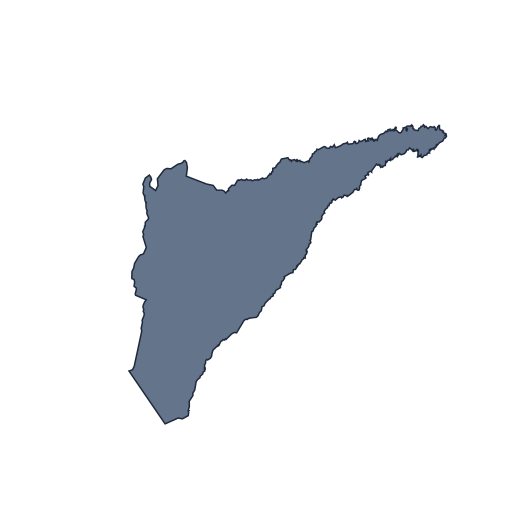 the district of Nova Ubiratã, Mato Grosso, Brazil, rotated 22°
{"feature_id": "56859067B8352278132319", "entity_name": "Nova Ubiratã", "entity_type": "district", "adm_level": 2, "iso_a3": "BRA", "parent_name": "Brazil", "parent_adm1": "Mato Grosso", "projection": "equal_earth", "projection_center": [-54.56, -12.966], "detail": "fine", "context": "isolated", "style": "filled", "palette": "slate", "viewbox_px": 512, "rotation_deg": 22, "n_neighbors": 0, "source": "geoboundaries", "source_scale": "gbopen_adm2", "svg_char_len": 6065}
<svg xmlns="http://www.w3.org/2000/svg" viewBox="0 0 512 512"><g transform="rotate(22 256 256)"><path d="M347.2,81.0L346.5,80.6L344.4,82.3L345.0,82.8L344.3,87.0L343.7,87.8L342.2,88.1L338.3,86.5L337.5,87.7L337.3,86.2L338.2,84.7L337.6,84.2L337.0,84.4L337.0,85.8L335.6,88.4L334.8,87.9L334.6,88.9L333.4,89.6L332.8,88.2L331.0,89.6L331.6,91.0L330.4,91.9L329.8,91.5L328.5,94.5L325.8,96.7L324.8,99.1L325.1,103.4L323.6,102.8L322.5,105.3L322.0,105.3L321.6,103.9L320.4,104.7L319.8,103.2L318.8,103.6L318.9,105.0L318.5,105.4L318.2,104.5L315.9,104.6L315.5,105.3L316.9,107.2L315.8,107.3L315.5,108.5L314.9,108.7L313.6,106.9L313.2,107.1L310.8,110.2L309.9,110.7L308.4,110.3L308.6,112.0L307.9,113.6L306.4,114.3L305.7,112.9L304.3,112.8L304.0,113.4L304.5,114.0L303.5,115.7L299.6,117.8L298.1,116.3L297.5,117.5L294.8,119.4L293.2,122.0L289.7,125.4L289.0,125.8L286.9,123.5L286.1,126.5L284.1,126.4L283.5,128.7L280.9,129.6L279.8,128.8L278.1,129.0L274.1,134.0L272.5,134.1L272.5,136.1L271.5,137.5L271.3,139.0L270.1,140.3L270.6,142.6L269.6,145.3L269.6,147.9L270.1,148.4L269.7,149.2L268.7,148.4L265.6,151.4L262.6,151.3L261.9,151.9L260.9,150.9L259.7,152.0L258.7,151.5L258.9,152.8L258.4,153.0L257.4,151.9L257.1,152.8L255.5,152.2L253.8,153.5L253.4,154.7L252.9,154.0L252.0,154.7L251.6,154.0L250.4,154.2L248.8,152.9L243.2,156.6L242.9,160.4L242.0,161.5L241.0,164.9L241.0,166.7L238.9,168.4L238.5,167.8L239.9,171.6L239.1,172.2L239.4,174.3L238.1,174.4L238.5,175.5L237.5,176.2L236.8,179.5L234.6,181.4L232.7,181.3L230.0,184.7L228.9,184.3L228.7,185.0L226.2,185.9L224.4,187.7L222.8,187.3L220.2,188.7L218.4,188.2L217.5,190.1L216.5,189.9L215.5,190.8L214.0,190.3L211.9,192.3L211.5,191.9L210.5,192.7L209.7,198.5L207.2,199.4L205.3,203.8L206.1,205.8L205.3,206.0L204.3,209.0L202.3,207.8L199.8,207.7L195.0,209.7L189.9,206.6L183.1,207.8L161.5,208.1L159.3,199.8L156.5,195.3L154.3,194.1L153.3,195.0L153.2,196.3L151.7,198.4L149.2,200.1L144.5,207.0L140.6,208.2L138.6,210.4L135.6,221.3L138.8,227.4L138.4,232.9L131.4,231.2L130.1,228.3L130.5,224.2L129.0,222.3L126.8,220.9L124.2,225.2L124.2,231.9L125.9,233.6L127.7,239.9L129.8,242.0L130.7,242.0L130.7,243.4L132.5,246.3L133.7,247.7L134.3,247.5L134.4,248.9L135.9,252.2L137.3,254.2L138.2,254.5L138.3,256.2L139.1,257.8L142.2,260.9L142.2,262.5L140.7,266.2L141.9,269.3L141.4,270.0L142.0,270.9L141.9,275.8L144.0,278.7L143.8,280.2L151.1,289.2L150.9,295.4L150.4,296.8L148.5,298.1L147.4,300.4L146.2,308.4L147.1,313.0L146.8,316.8L149.0,322.7L149.5,323.5L151.7,323.4L153.2,325.5L154.3,329.8L156.9,330.5L157.5,331.4L158.2,336.2L159.0,337.5L170.6,337.7L169.9,340.5L169.9,344.3L170.4,345.8L171.9,347.6L172.3,349.8L173.5,350.5L174.5,352.8L174.5,358.3L175.6,360.1L176.6,366.0L178.0,368.1L178.5,370.1L184.4,403.9L184.1,407.8L181.3,410.2L234.6,445.7L244.6,435.3L248.7,434.6L253.0,429.4L252.0,425.8L251.1,424.8L251.6,424.4L251.0,424.2L250.6,420.5L248.5,415.7L249.8,409.0L248.8,406.9L249.4,403.2L247.6,395.0L248.1,392.5L249.6,389.8L249.3,388.2L250.8,385.4L250.5,383.3L251.6,381.9L251.0,380.9L251.4,380.4L250.9,379.1L250.4,379.6L249.1,375.9L249.4,374.4L248.6,372.0L249.0,370.4L250.1,370.5L251.9,368.1L252.4,366.1L251.5,361.7L251.5,359.1L254.2,353.1L254.5,353.7L255.1,352.9L255.3,348.4L256.7,346.8L256.7,345.9L258.4,345.7L258.7,344.2L259.5,344.5L262.6,337.3L264.6,335.0L266.8,334.5L269.0,320.5L270.1,318.5L271.7,318.1L272.2,317.0L274.0,315.6L279.3,312.7L280.3,310.5L280.3,307.4L281.4,304.8L280.6,300.8L282.1,299.1L282.1,296.5L284.2,291.2L285.1,290.3L285.2,288.4L286.9,286.6L286.1,284.6L287.3,283.6L287.2,280.5L290.5,276.2L289.6,274.2L290.2,273.1L289.3,270.1L290.3,268.6L290.8,265.6L289.8,264.8L294.4,258.9L296.5,257.6L295.8,254.6L297.6,253.6L298.0,251.2L297.5,250.2L298.1,248.8L298.4,249.2L298.8,247.2L299.5,246.9L300.2,242.2L301.2,240.6L300.9,239.7L302.4,239.4L301.3,236.8L302.0,235.4L301.9,233.0L301.5,232.4L301.0,232.9L300.2,231.5L301.3,227.6L300.8,224.9L301.7,224.0L301.7,222.6L300.1,221.2L300.6,220.5L298.6,212.5L299.4,211.9L299.4,208.1L300.5,205.6L299.9,204.2L300.7,203.8L299.8,203.0L300.2,202.3L299.7,201.7L301.7,200.8L303.0,197.8L302.7,195.4L302.0,194.6L303.0,190.8L303.6,190.5L302.4,188.9L303.3,185.7L304.2,184.6L303.9,182.3L304.8,182.0L304.6,179.1L305.8,178.9L306.3,177.5L305.5,176.5L306.2,175.5L305.9,174.9L306.5,174.8L306.5,174.1L308.6,174.6L310.5,170.8L313.1,169.2L313.6,170.0L314.7,168.6L314.8,166.7L316.0,166.2L318.2,166.6L318.3,165.6L319.0,165.7L322.0,160.6L322.3,157.6L324.0,156.6L324.2,155.8L325.2,156.9L326.7,156.5L326.8,154.9L325.9,152.5L326.6,150.6L326.1,149.9L325.6,146.5L328.6,142.9L328.7,142.3L327.3,141.5L327.2,140.7L329.3,138.5L329.9,138.7L329.7,137.9L328.5,137.2L328.7,136.2L330.7,134.5L331.8,134.9L331.3,133.7L333.3,125.7L334.6,126.3L335.7,125.7L335.7,125.0L336.9,125.2L337.1,126.1L338.3,127.0L338.5,126.0L339.7,126.5L340.3,125.9L340.2,124.9L342.0,123.6L340.9,119.7L342.1,120.1L342.4,118.0L343.6,117.4L344.1,115.5L344.5,117.0L345.1,117.1L345.2,115.8L346.3,115.5L347.9,111.3L348.5,111.5L349.1,108.7L349.9,110.4L350.6,107.2L352.6,107.8L355.2,105.6L356.1,103.1L356.0,101.2L357.4,100.6L358.0,98.2L360.8,99.3L362.0,98.1L362.6,98.7L362.2,100.0L362.9,100.1L364.7,98.7L365.4,96.7L366.1,96.7L366.8,97.4L365.7,97.4L365.6,98.0L366.6,98.3L368.0,100.0L367.8,100.7L368.3,101.5L369.0,101.7L368.4,102.9L368.7,103.7L370.5,102.2L371.0,100.5L371.9,102.3L373.2,102.5L374.3,99.8L376.5,98.2L376.4,96.6L378.4,95.4L377.4,94.6L377.3,93.4L378.3,93.1L378.4,92.2L377.3,92.0L378.6,90.8L379.3,90.9L379.8,89.9L381.0,90.3L380.7,89.1L381.0,88.3L381.7,88.5L382.3,86.4L381.5,85.7L381.8,84.9L382.7,85.0L383.6,82.3L386.1,79.4L386.4,76.2L387.4,75.6L387.8,73.7L387.1,72.6L386.1,73.4L386.3,71.5L383.6,71.5L383.0,70.1L382.4,70.7L381.4,69.7L379.3,70.1L377.9,68.2L377.4,66.5L376.8,66.3L376.0,68.4L376.3,69.8L375.9,71.9L374.9,71.7L374.2,70.0L372.7,69.3L372.3,70.3L369.1,70.8L367.7,73.5L365.0,72.1L364.1,73.4L363.3,72.1L362.0,71.6L361.9,73.2L360.5,73.9L360.5,75.1L359.2,76.8L359.3,79.0L355.4,79.9L354.6,78.9L353.5,78.8L353.2,77.5L352.1,76.4L351.3,77.5L350.9,76.8L350.7,77.5L347.3,79.1L347.2,81.0ZM347.2,81.0L349.0,81.6L348.9,83.5L348.2,83.3L347.2,81.0Z" fill="#64748b" stroke="#1e293b" stroke-width="1.5"/></g></svg>